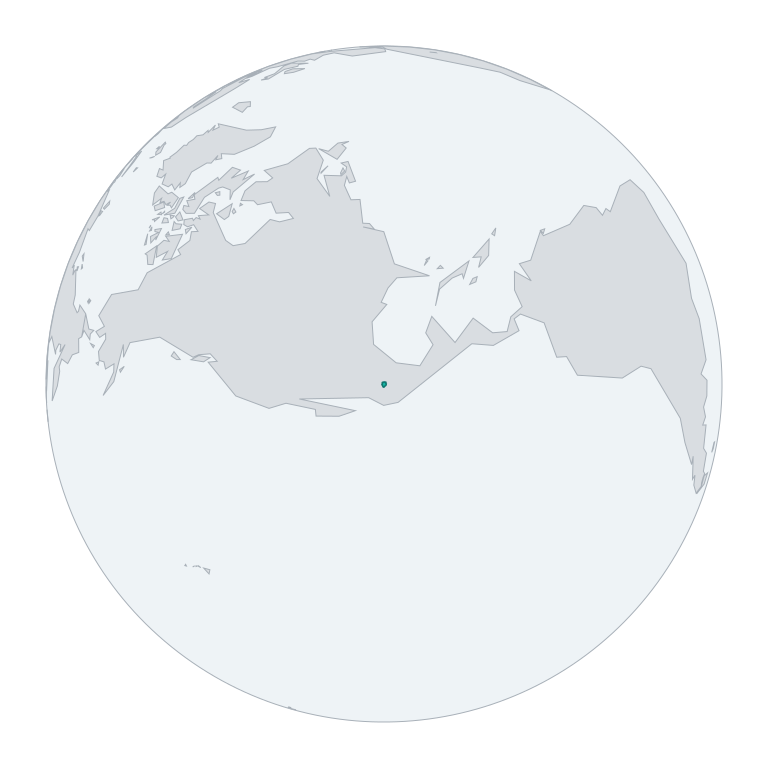 the Earth from above Aguascalientes, rotated 306°
{"feature_id": "MEX-2717", "entity_name": "Aguascalientes", "entity_type": "State", "adm_level": 1, "iso_a3": "MEX", "parent_name": "Mexico", "parent_adm1": "", "projection": "orthographic", "projection_center": [-102.327, 22.067], "detail": "coarse", "context": "on_globe", "style": "filled", "palette": "teal", "viewbox_px": 768, "rotation_deg": 306, "n_neighbors": 0, "source": "natural_earth", "source_scale": "10m", "svg_char_len": 9663}
<svg xmlns="http://www.w3.org/2000/svg" viewBox="0 0 768 768"><g transform="rotate(306 384 384)"><circle cx="384" cy="384" r="338" fill="#eef3f6" stroke="#a8b0b8"/><path d="M66.8,496.7L67.6,499.1L66.8,496.7ZM520.8,453.3L513.2,451.0L506.5,461.9L479.5,449.8L468.2,431.4L377.4,406.2L366.5,396.3L363.9,379.6L322.1,324.3L345.6,376.5L331.5,366.6L318.1,347.9L323.1,343.4L310.8,316.0L296.7,305.3L287.2,271.1L298.3,228.9L304.3,235.7L306.3,225.7L298.8,216.9L293.4,213.8L290.1,175.1L268.2,154.2L252.5,157.5L262.8,149.9L227.1,164.0L209.6,163.5L234.8,158.3L241.6,153.7L232.4,149.9L237.3,144.4L235.7,139.8L242.5,133.9L256.7,132.5L261.3,129.0L254.6,126.6L257.0,120.1L266.3,123.9L271.6,113.1L296.3,111.0L315.7,129.7L334.8,127.0L369.2,143.4L371.5,138.3L386.0,142.6L394.0,138.7L398.1,143.8L401.0,136.4L395.7,132.6L395.3,128.3L399.5,125.9L405.5,131.6L404.2,133.7L408.2,134.2L409.3,138.3L411.1,134.9L417.8,142.8L417.6,131.7L428.3,135.4L431.0,141.6L422.3,145.1L407.1,171.5L407.2,180.6L416.0,189.0L450.2,195.2L453.8,204.2L464.7,213.4L466.7,206.0L458.8,196.3L465.1,185.8L454.7,176.3L455.7,171.0L448.4,160.5L458.6,158.0L472.4,161.6L479.0,170.6L485.3,172.8L486.4,161.6L505.7,176.8L530.8,185.2L534.8,190.2L529.4,203.3L510.8,209.1L503.9,229.9L517.6,212.8L527.4,227.2L532.9,228.4L537.7,226.1L537.6,219.5L542.9,224.1L531.3,241.8L526.3,237.8L530.0,231.9L521.4,235.2L513.6,249.0L519.2,256.1L501.6,272.3L505.3,277.9L503.6,285.2L498.8,274.8L507.1,294.3L487.3,321.8L498.3,357.2L477.5,332.0L464.0,330.8L448.4,333.7L450.0,339.5L427.3,337.8L409.9,352.3L408.3,381.4L419.8,402.3L444.6,400.6L449.9,387.7L466.8,382.9L459.3,417.1L489.7,417.4L489.3,441.8L498.8,452.8L512.9,447.1L527.8,450.3L536.7,434.4L551.8,423.3L554.0,442.5L560.9,422.8L570.4,429.9L599.4,420.7L597.7,425.8L622.4,440.4L645.9,440.7L651.4,452.0L648.9,461.6L656.4,460.4L656.4,465.8L682.9,458.5L693.9,463.0L691.7,481.6L679.0,509.6L659.2,557.4L634.1,582.4L622.1,600.6L592.9,630.3L578.5,634.6L576.9,643.1L564.1,652.2L553.2,656.1L546.4,663.4L538.1,666.0L540.2,668.6L519.8,680.4L517.6,685.5L501.1,693.7L500.0,696.1L496.2,697.0L490.5,699.1L487.7,700.8L479.1,700.7L484.3,694.1L493.0,689.2L488.2,689.6L507.3,676.6L499.6,680.2L513.5,661.9L530.4,643.9L553.3,591.0L549.5,581.5L528.9,573.3L504.8,535.3L513.5,515.6L507.2,508.0L527.6,477.6L520.8,453.3ZM127.5,354.1L129.1,346.3L131.4,352.3L127.5,354.1ZM127.9,340.9L127.8,343.7L127.4,341.2L127.9,340.9ZM126.2,338.7L127.4,340.3L125.8,339.2L126.2,338.7ZM123.6,336.7L125.1,337.4L124.8,337.6L123.6,336.7ZM499.0,369.6L533.5,380.4L516.2,386.2L519.1,382.4L509.8,376.9L493.4,373.2L477.5,379.7L499.0,369.6ZM120.6,331.2L120.0,329.6L121.5,329.5L120.6,331.2ZM509.4,347.2L503.5,346.9L508.9,345.7L509.4,347.2ZM290.2,213.6L298.2,217.5L303.1,227.8L295.9,225.0L290.2,213.6ZM281.6,195.4L286.7,195.1L284.0,204.8L281.9,201.9L281.6,195.4ZM240.1,161.7L245.6,163.5L238.6,163.8L240.1,161.7ZM234.3,140.2L231.2,141.6L231.7,138.7L234.3,140.2ZM443.3,162.7L445.8,161.6L445.9,164.1L443.3,162.7ZM437.8,159.4L436.1,163.1L433.2,162.1L434.3,159.8L437.8,159.4ZM242.5,127.4L244.3,122.8L244.9,127.1L242.5,127.4ZM440.6,155.2L428.3,159.9L423.2,158.2L423.3,148.5L440.6,155.2ZM246.9,119.9L251.0,109.8L244.4,111.7L265.5,101.4L255.0,112.9L256.8,117.7L251.8,117.0L246.9,119.9ZM392.2,132.5L398.0,136.4L389.2,135.5L392.2,132.5ZM386.7,133.0L360.4,138.2L354.0,131.8L364.1,131.0L352.6,125.3L362.4,119.6L370.9,121.5L373.1,126.5L375.2,120.6L386.7,133.0ZM276.5,97.9L279.6,95.6L279.1,97.8L276.5,97.9ZM394.4,126.5L389.7,127.8L383.7,122.3L392.1,118.7L391.4,121.6L394.4,126.5ZM344.8,126.9L341.9,122.6L349.0,116.6L348.9,114.3L362.1,118.9L344.8,126.9ZM394.9,121.6L396.6,117.1L403.2,117.7L398.6,124.9L394.9,121.6ZM378.7,122.5L376.3,119.8L380.3,120.1L378.7,122.5ZM427.9,118.5L422.3,119.5L418.8,116.6L427.9,118.5ZM396.8,115.5L394.5,115.3L392.4,114.5L394.9,111.8L396.8,115.5ZM366.2,114.7L369.8,113.3L361.1,112.4L366.1,108.4L374.1,112.5L372.7,109.1L374.3,107.9L379.0,112.6L366.2,114.7ZM391.3,106.7L403.1,111.4L414.2,109.7L417.6,112.1L399.2,114.4L391.3,106.7ZM383.7,109.7L389.2,108.3L390.7,111.6L387.9,114.7L383.7,109.7ZM366.7,104.5L357.0,109.5L355.6,108.5L366.7,104.5ZM394.2,105.5L391.3,104.5L394.8,105.0L394.2,105.5ZM374.8,103.9L371.6,105.6L370.0,104.4L374.8,103.9ZM388.2,101.2L392.0,102.5L390.2,104.5L388.2,101.2ZM381.8,101.8L380.5,99.8L387.3,104.4L380.6,102.8L381.8,101.8ZM373.9,102.5L372.0,102.3L375.5,101.9L373.9,102.5ZM392.8,93.5L401.8,98.8L397.8,102.8L389.7,97.0L392.8,93.5ZM491.2,701.8L478.8,701.5L486.8,701.3L497.8,697.0L502.3,698.0L491.2,701.8ZM521.3,689.3L530.8,685.3L531.5,685.5L525.1,688.4L521.3,689.3ZM610.2,133.0L609.2,132.2L621.9,145.5L650.8,179.0L655.6,187.7L653.9,190.0L630.7,165.6L622.6,149.0L614.3,141.6L605.1,137.5L603.4,133.3L598.6,130.1L594.5,124.4L578.0,111.3L572.2,105.8L555.5,96.5L550.2,92.8L561.6,99.1L566.4,101.1L550.7,90.2L544.7,86.8L535.0,82.0L531.9,80.2L524.6,77.1L510.5,70.7L521.6,76.4L510.6,72.6L496.5,67.2L494.8,67.4L517.8,76.4L525.1,79.3L528.3,79.8L550.1,90.6L557.7,95.5L542.4,89.4L551.5,96.3L535.6,89.8L483.4,67.2L466.9,61.0L461.3,55.7L471.0,57.9L477.9,60.6L481.0,60.4L476.2,59.3L473.7,58.3L462.5,55.6L460.1,54.9L453.4,54.1L449.3,53.0L453.6,53.5L433.5,50.1L422.1,48.3L418.7,48.0L418.3,48.2L404.1,46.7L402.2,46.6L406.1,47.0L404.9,47.3L397.3,47.8L392.8,47.2L394.9,46.9L392.7,46.2L394.4,46.2L418.1,47.8L441.6,51.0L464.8,55.9L487.7,62.4L510.0,70.4L531.7,80.1L552.7,91.2L572.8,103.7L592.0,117.7L610.2,133.0ZM390.0,46.1L392.6,46.8L389.2,47.4L386.5,46.6L387.2,46.9L384.2,47.0L376.9,46.9L379.3,47.8L351.7,53.9L334.9,55.4L335.6,53.3L311.5,60.2L294.5,63.5L298.2,63.5L289.1,68.2L294.3,67.2L295.4,67.6L274.5,81.9L266.1,85.6L261.3,93.8L263.2,94.1L269.1,91.6L265.5,101.4L244.4,111.7L241.2,110.3L230.1,118.5L224.4,114.7L214.6,116.1L214.8,108.6L207.0,111.1L203.6,114.2L190.4,120.9L175.2,125.5L202.7,107.9L228.5,102.8L219.3,103.1L225.9,99.3L225.4,97.4L218.5,98.6L214.9,100.9L227.1,87.4L219.5,88.9L209.1,95.4L198.5,102.0L189.1,108.0L208.9,95.0L229.7,83.4L251.2,73.3L273.3,64.7L296.0,57.7L319.1,52.4L342.6,48.6L366.2,46.5L390.0,46.1ZM720.0,347.7L719.5,345.2L709.4,315.7L704.5,294.7L696.5,276.8L656.5,189.5L655.9,185.3L642.3,166.1L657.7,185.8L671.6,206.6L684.0,228.4L694.7,251.1L703.7,274.4L710.9,298.4L716.3,322.9L720.0,347.7ZM679.4,225.8L682.7,231.4L682.7,231.5L679.4,225.8ZM600.2,420.2L604.0,422.8L599.5,424.4L600.2,420.2ZM514.9,394.8L521.7,393.9L525.6,396.3L520.7,398.3L514.9,394.8ZM568.8,382.9L576.0,382.7L569.0,386.3L568.8,382.9ZM538.7,381.6L563.1,383.8L549.5,393.1L533.9,392.0L544.0,387.9L538.7,381.6ZM508.6,359.3L513.1,359.9L512.5,363.8L508.6,359.3ZM513.3,346.4L511.7,347.1L509.0,344.5L513.3,346.4ZM528.1,226.1L529.2,224.8L534.7,223.8L533.2,227.0L528.1,226.1ZM551.8,205.1L559.7,213.1L553.1,209.2L552.7,214.7L538.2,214.0L536.0,192.8L539.6,202.2L551.8,205.1ZM518.3,208.5L527.7,210.5L517.5,209.2L518.3,208.5ZM576.5,121.0L578.6,120.3L585.4,125.0L592.7,134.6L583.0,127.6L576.5,121.0ZM580.0,118.5L562.8,111.2L557.6,105.9L563.4,109.9L561.7,107.1L570.7,113.1L582.5,116.1L589.3,120.7L599.1,134.3L592.2,126.9L590.5,127.6L580.0,118.5ZM528.0,110.6L520.5,109.7L518.9,98.8L526.1,101.1L533.9,110.0L529.9,112.7L528.0,110.6ZM443.1,138.1L440.3,140.2L438.6,138.3L439.6,135.1L443.1,138.1ZM425.6,119.2L453.5,128.1L451.7,130.6L470.2,134.0L472.7,142.2L460.7,139.5L476.5,149.0L466.6,149.9L477.8,155.9L450.7,149.1L442.5,151.1L450.7,145.5L448.6,137.7L445.2,135.0L429.5,129.0L410.7,130.3L405.7,123.6L407.0,118.6L410.8,117.2L412.9,121.8L416.4,116.7L422.3,122.4L425.6,119.2ZM426.3,75.7L427.2,79.5L435.2,74.4L441.1,78.3L441.7,77.5L449.4,80.0L459.7,81.9L461.1,84.1L464.5,84.0L469.7,86.0L474.8,86.7L479.2,91.1L485.8,92.6L484.2,93.9L494.4,95.4L488.8,96.4L494.9,99.7L497.1,97.0L508.5,123.5L517.6,135.3L528.3,145.2L517.2,146.8L500.1,139.2L481.9,128.0L474.7,117.0L471.0,120.3L466.5,116.1L471.3,115.3L461.1,114.3L458.7,110.8L442.4,103.7L429.3,105.5L423.0,103.3L427.0,101.0L418.0,100.6L421.1,94.9L416.7,93.5L415.4,86.9L425.5,84.0L419.8,82.6L418.5,78.2L426.3,75.7ZM392.9,91.6L403.6,86.0L412.1,85.8L410.9,97.5L414.4,99.6L413.9,108.1L401.6,108.5L402.9,105.9L401.2,103.6L405.7,104.4L400.9,102.1L402.5,98.7L399.2,96.1L403.6,94.9L392.9,91.6ZM623.5,145.6L623.1,145.2L622.7,144.9L623.5,145.6ZM618.8,141.0L617.7,139.9L613.6,136.0L616.3,138.6L618.8,141.0ZM558.6,96.9L555.2,94.5L557.0,95.2L561.4,97.8L558.6,96.9ZM451.1,64.9L450.3,66.2L448.0,65.7L440.0,67.1L434.9,64.8L437.7,63.1L451.1,64.9ZM444.3,62.6L441.6,63.3L440.7,61.8L444.3,62.6ZM430.8,63.3L428.9,61.5L433.4,64.7L430.8,63.3ZM397.3,50.0L414.0,50.1L422.8,50.0L422.4,49.0L430.1,51.0L416.6,51.1L397.3,50.0ZM357.8,53.1L358.2,54.9L353.3,54.9L352.5,54.5L357.8,53.1ZM361.4,53.6L370.8,54.6L367.9,56.1L361.0,55.0L361.4,53.6ZM408.1,56.5L413.4,56.5L414.0,57.6L408.1,56.5ZM66.4,498.6L68.7,504.3L67.5,502.0L66.4,498.6ZM67.6,499.2L66.1,496.7L66.8,496.7L67.6,499.2ZM165.2,126.5L160.6,130.4L156.0,134.5L165.2,126.5ZM176.5,117.3L202.5,99.7L205.6,98.2L179.9,115.2L183.5,112.2L178.7,115.6L170.4,122.2L174.7,118.7L176.5,117.3ZM276.6,95.6L279.3,95.6L275.6,97.1L276.6,95.6ZM298.5,67.0L299.3,67.9L294.9,69.2L298.5,67.0ZM299.2,71.5L303.6,69.3L300.8,71.9L299.2,71.5ZM313.1,64.7L306.2,68.6L310.1,64.7L313.1,64.7Z" fill="#d9dde1" stroke="#a8b0b8" stroke-width="1"/><path d="M386.6,384.3L386.4,384.7L386.0,384.9L385.8,385.1L385.5,385.2L385.4,385.6L385.4,385.8L385.0,385.9L384.7,386.2L384.4,386.3L383.7,386.3L383.0,386.1L382.3,385.7L382.2,385.7L381.6,385.9L381.3,385.6L381.2,385.5L381.1,385.3L381.1,385.0L381.2,384.8L381.7,383.9L382.0,383.6L382.2,383.3L382.2,383.1L382.1,382.9L382.2,382.7L382.4,382.6L383.1,382.6L383.3,382.3L383.6,382.3L383.7,382.1L383.9,382.1L384.2,381.7L384.3,381.7L384.5,382.2L384.6,382.3L384.9,382.2L385.1,382.5L385.4,382.7L385.5,382.7L385.8,382.8L385.8,383.5L386.3,383.9L386.6,384.3Z" fill="#14b8a6" stroke="#0f766e" stroke-width="1.5"/></g></svg>